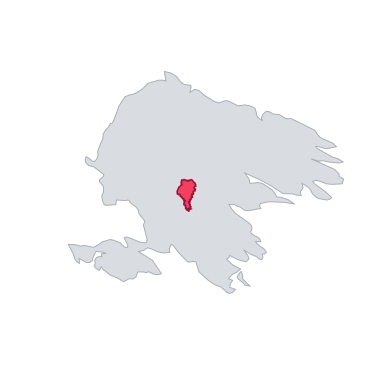 Athlone Lea-6, Roscommon, Ireland (highlighted), rotated 219°
{"feature_id": "5873133B90689891107780", "entity_name": "Athlone Lea-6", "entity_type": "district", "adm_level": 2, "iso_a3": "IRL", "parent_name": "Ireland", "parent_adm1": "Roscommon", "projection": "robinson", "projection_center": [-8.208, 53.474], "detail": "fine", "context": "in_parent", "style": "filled", "palette": "rose", "viewbox_px": 384, "rotation_deg": 219, "n_neighbors": 0, "source": "geoboundaries", "source_scale": "gbopen_adm2", "svg_char_len": 8141}
<svg xmlns="http://www.w3.org/2000/svg" viewBox="0 0 384 384"><g transform="rotate(219 192 192)"><path d="M242.2,82.7L234.2,86.7L233.0,88.3L230.8,94.7L230.5,96.5L225.6,103.7L222.7,105.1L218.5,106.3L216.1,107.4L213.1,106.8L209.3,106.9L207.4,108.2L207.5,109.2L208.6,110.3L215.7,113.6L215.3,115.0L213.3,116.5L200.7,120.3L196.9,122.7L195.6,124.2L196.9,126.7L207.0,134.4L208.8,135.3L210.3,139.7L219.2,141.6L222.9,144.4L226.0,145.1L232.9,144.8L235.6,145.9L237.2,145.1L238.1,143.6L245.7,138.2L243.3,134.1L251.0,127.1L253.1,127.2L256.7,129.4L259.7,132.3L260.7,136.3L263.6,139.8L265.4,141.0L270.3,141.7L271.5,143.1L270.7,148.3L271.4,150.0L284.0,149.8L289.0,147.6L293.3,148.0L295.5,150.3L296.5,152.7L292.7,153.6L288.8,153.1L286.9,154.6L286.8,157.6L288.2,161.5L290.9,164.2L293.0,170.4L294.8,177.2L297.6,181.4L298.2,186.5L297.8,189.0L298.4,193.6L297.3,195.2L298.2,199.4L302.9,213.1L304.0,223.8L301.8,227.9L298.8,231.7L296.9,236.2L295.4,241.1L294.6,248.9L288.1,258.1L285.3,260.4L282.1,261.8L289.3,268.3L283.5,271.1L277.1,272.0L270.1,270.4L265.8,270.6L260.2,274.0L259.0,273.4L256.3,268.1L254.4,273.5L250.4,275.3L243.4,274.9L231.9,276.4L227.4,277.9L225.6,280.4L224.2,283.2L222.4,284.8L220.4,285.7L211.5,287.8L209.7,288.6L205.6,293.1L200.1,295.8L195.6,296.6L191.6,293.9L190.0,292.3L188.1,291.5L182.0,291.6L183.9,292.5L185.2,294.3L185.8,297.9L185.1,301.4L182.1,303.2L178.4,303.5L172.7,307.1L165.2,308.1L161.1,311.5L136.1,317.1L134.6,317.2L131.2,315.8L127.5,315.1L123.7,315.6L113.2,318.7L108.2,318.1L114.7,310.2L123.4,306.3L124.3,305.2L121.5,304.7L105.0,307.4L99.2,309.8L93.5,310.4L96.2,306.9L103.6,302.0L110.0,298.7L112.8,295.8L120.6,292.6L95.5,299.3L88.9,298.5L87.4,296.6L82.3,297.5L80.4,292.9L88.1,286.0L92.5,283.1L97.8,281.5L102.9,279.2L104.8,276.3L102.4,275.5L87.3,276.2L80.0,275.6L80.4,273.3L81.8,270.9L89.4,266.6L93.4,266.0L97.0,266.4L103.4,268.9L111.9,268.0L108.4,265.3L107.8,259.9L105.1,258.0L108.6,255.5L112.6,253.9L119.3,248.7L121.6,247.9L134.7,246.6L148.9,243.8L162.9,240.0L155.7,237.9L152.3,235.1L146.8,240.7L142.8,242.9L131.5,244.1L128.0,243.4L123.0,241.7L121.4,242.4L120.0,243.7L112.5,246.5L104.7,247.2L113.8,242.1L125.4,233.4L128.0,230.6L131.7,225.9L130.6,223.7L128.2,222.5L136.6,212.7L139.6,210.9L144.9,210.6L148.8,209.1L150.5,209.1L152.1,208.5L155.5,205.6L150.2,203.7L144.8,202.7L127.9,203.8L125.7,203.5L123.6,202.6L122.3,201.3L121.3,198.0L120.1,197.2L116.2,197.2L112.5,198.3L109.9,198.2L107.3,196.7L111.4,193.3L106.2,192.5L100.8,193.2L96.4,192.1L96.3,190.0L98.3,187.9L95.7,185.8L95.2,183.3L98.0,182.0L101.1,182.4L107.4,180.5L115.4,179.6L108.5,177.7L105.8,176.1L105.7,173.7L106.3,171.6L114.2,168.1L122.7,166.5L122.1,164.2L122.8,161.6L114.2,160.9L105.7,162.7L106.7,157.9L108.7,153.5L109.2,150.6L108.8,147.6L104.8,148.9L104.4,144.5L102.7,141.6L96.9,143.6L97.1,139.7L98.8,137.0L101.8,135.8L104.9,136.3L110.5,136.2L116.0,134.2L123.8,133.6L136.3,134.3L144.9,140.1L147.1,139.1L150.5,135.4L152.2,135.0L165.1,136.6L173.1,138.7L175.3,138.0L174.1,134.0L171.4,131.1L174.9,127.4L179.1,124.9L181.9,123.7L188.4,122.1L191.3,120.7L193.1,115.9L196.1,112.0L179.8,114.0L164.3,109.3L166.8,106.0L170.1,104.1L175.7,102.7L176.3,100.9L179.1,99.5L183.9,95.7L182.1,90.8L183.1,87.2L186.5,84.9L187.5,81.6L189.0,79.2L195.9,78.3L202.5,76.1L212.7,75.8L215.4,76.7L214.8,72.7L219.6,72.2L221.4,73.0L222.3,75.8L224.5,77.6L225.1,80.7L223.7,83.2L221.3,85.0L223.5,86.9L220.0,90.4L223.8,88.9L229.1,85.5L228.8,82.8L227.9,79.3L226.4,76.2L227.1,72.8L230.0,70.6L237.9,69.5L234.6,65.6L237.5,65.3L240.6,66.1L245.2,69.1L255.0,73.4L250.3,77.2L244.4,79.8L242.2,82.7ZM104.0,159.5L103.8,161.3L100.0,159.0L98.2,156.4L87.9,155.3L92.3,152.7L94.4,153.5L101.6,153.6L103.7,154.6L104.0,159.5Z" fill="#d9dde1" stroke="#a8b0b8" stroke-width="1"/><path d="M206.8,195.5L207.2,195.1L207.5,195.0L207.6,194.8L207.4,194.5L207.4,194.3L207.2,194.1L206.9,193.7L206.9,193.4L206.6,193.1L206.2,192.8L206.0,192.7L205.9,192.5L205.9,192.4L206.0,192.2L205.9,192.2L204.4,191.5L205.2,190.9L205.4,190.9L205.2,190.8L205.1,190.6L205.0,190.2L204.7,189.9L204.7,189.7L205.3,187.6L204.0,183.1L202.3,181.3L201.0,181.3L201.0,181.6L201.0,181.8L200.7,182.0L200.4,182.2L200.2,182.2L200.1,182.4L199.9,182.4L199.9,182.5L199.7,182.5L199.5,182.3L199.4,182.2L199.4,182.4L199.2,182.4L199.0,182.2L198.6,182.1L198.7,181.8L198.5,181.7L198.3,181.6L198.5,181.6L198.4,181.5L198.7,181.3L198.4,181.4L198.0,181.4L198.0,181.5L197.9,181.6L197.7,181.6L197.4,181.4L197.5,181.3L197.1,181.3L196.8,181.3L197.3,181.8L197.1,181.9L196.9,181.8L196.8,181.7L196.7,181.7L196.1,181.5L195.9,181.4L195.7,181.1L195.6,180.9L195.4,180.9L195.2,180.9L194.9,180.9L194.9,181.0L195.0,181.1L194.9,181.2L194.6,181.3L194.5,181.2L194.3,181.3L194.2,181.3L194.1,181.6L193.7,181.4L193.5,181.2L193.1,181.1L193.0,180.9L193.1,180.6L193.3,180.4L192.9,180.1L192.8,180.3L192.7,180.3L192.4,180.6L192.2,180.8L192.0,181.0L191.8,181.1L191.7,180.7L191.6,180.3L191.6,180.1L191.6,179.8L191.6,179.7L191.4,179.5L191.5,179.4L191.5,178.8L191.2,178.7L190.7,178.5L190.7,178.3L191.0,178.1L190.9,178.0L190.9,177.9L190.7,177.7L190.7,177.4L190.6,177.2L190.3,177.0L189.8,177.0L189.7,177.4L189.6,177.5L189.1,177.5L188.9,177.5L188.6,177.3L188.4,177.3L188.4,177.2L188.3,176.9L188.3,176.7L188.0,176.6L187.9,176.5L187.2,176.3L187.0,176.1L187.0,175.9L186.8,175.9L186.8,175.6L186.8,175.3L186.4,175.2L186.5,175.3L185.8,175.3L185.8,175.6L185.5,175.6L185.2,175.5L185.0,175.2L184.7,175.2L183.8,174.9L183.6,174.9L183.4,175.0L183.5,175.2L183.4,175.3L182.7,175.3L182.6,175.2L182.4,175.6L182.7,175.7L182.7,175.8L183.0,175.9L183.2,176.0L183.3,176.0L183.5,176.2L183.6,176.4L183.8,176.4L184.0,176.3L184.4,176.6L184.5,176.5L184.6,176.8L184.5,177.0L184.4,177.2L184.3,177.3L183.8,177.1L183.5,177.3L182.9,177.3L182.8,177.5L182.7,177.8L182.8,177.8L182.6,177.8L182.6,178.0L182.4,178.1L182.2,178.1L182.1,178.3L182.8,178.2L183.1,178.2L183.2,178.3L182.9,178.4L183.3,178.7L183.6,178.7L183.6,178.8L183.6,179.2L183.4,179.6L183.5,179.7L183.7,180.0L184.0,180.0L184.3,179.8L184.5,179.9L184.6,180.0L185.0,180.0L185.0,180.3L185.2,180.5L185.4,180.5L185.5,180.5L185.8,180.7L185.5,181.1L185.6,181.3L186.0,181.4L186.5,181.4L187.0,181.3L187.4,181.3L187.4,181.5L187.6,181.6L187.9,181.7L188.2,181.9L188.3,182.0L188.6,182.2L188.5,182.3L188.3,182.4L187.8,182.1L187.7,182.2L187.4,182.4L187.3,182.5L187.5,182.6L187.7,182.8L187.9,182.9L187.9,183.0L187.8,183.3L188.1,183.4L188.1,183.5L187.9,183.6L188.3,183.9L188.5,184.0L188.4,184.1L188.1,184.2L188.0,184.4L188.5,184.7L188.8,184.8L188.9,185.1L188.7,185.2L188.4,185.1L188.1,185.3L188.1,185.5L188.1,185.8L188.3,186.0L188.6,186.2L188.6,186.3L188.7,186.5L189.0,186.7L189.0,186.8L188.7,187.1L188.7,187.3L189.0,187.7L189.2,187.8L188.7,187.9L188.6,188.1L188.3,188.2L188.3,188.3L188.7,188.4L188.9,188.6L189.4,188.8L189.6,189.0L189.6,189.3L190.1,189.6L190.3,189.7L190.7,189.9L190.8,190.0L190.8,190.3L190.7,190.3L190.6,190.5L190.4,190.5L190.2,190.5L189.7,190.7L189.6,190.8L189.6,191.1L189.8,191.2L189.8,191.5L189.9,191.8L189.9,192.1L190.0,192.2L190.4,192.1L190.8,192.2L190.8,192.3L190.9,192.6L191.0,192.6L191.2,192.8L191.5,193.2L191.5,193.3L191.4,193.6L191.2,193.7L191.2,193.9L191.0,194.1L190.9,194.3L190.9,194.2L190.8,194.4L190.7,194.4L190.6,194.5L190.4,194.6L190.6,194.9L190.6,195.1L190.9,195.3L190.8,195.5L191.0,195.7L191.4,195.8L191.3,196.0L191.1,196.3L192.0,196.5L192.3,196.5L192.5,196.4L192.8,196.4L192.9,196.8L193.0,196.8L193.1,197.2L193.4,197.1L193.4,197.6L193.5,198.0L193.4,198.1L193.2,198.3L193.3,198.3L193.3,198.5L193.0,199.0L193.3,199.1L193.4,199.4L193.6,199.5L193.7,199.8L193.8,199.9L193.8,200.1L194.0,200.3L194.4,200.3L194.8,200.3L195.2,200.3L195.4,200.6L195.4,200.8L195.8,200.9L196.0,200.7L196.6,200.8L197.9,200.9L198.0,201.0L198.3,201.2L198.5,201.1L199.1,201.3L199.6,201.2L199.9,201.4L200.1,201.3L200.2,201.1L200.4,201.0L200.4,200.8L200.5,200.7L200.6,200.2L200.9,200.1L201.1,200.1L201.4,199.8L201.5,199.5L201.8,199.2L201.7,199.0L201.7,198.9L201.6,198.6L201.6,198.4L201.6,198.1L201.9,197.9L202.4,197.9L202.8,198.1L203.2,197.9L203.4,197.7L203.6,197.7L203.6,197.3L203.9,197.0L204.1,197.1L204.6,197.2L205.0,197.1L205.4,196.9L205.9,196.8L206.0,196.7L205.9,196.5L205.9,196.4L205.9,196.2L206.0,195.9L206.5,195.5L206.5,195.4L206.8,195.5Z" fill="#f43f5e" stroke="#9f1239" stroke-width="1.5"/></g></svg>